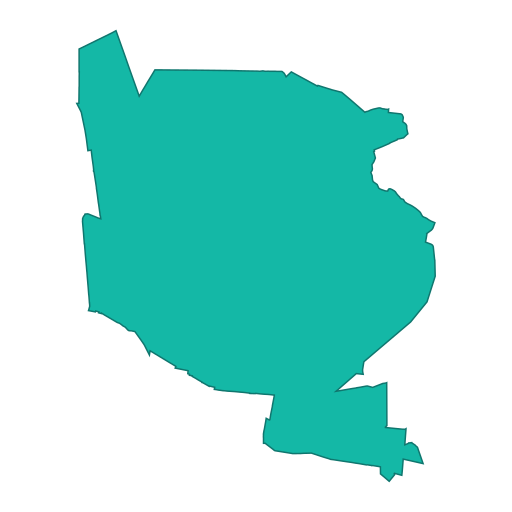 the district of Apodaca, Nuevo León, Mexico
{"feature_id": "50627088B93095957405368", "entity_name": "Apodaca", "entity_type": "district", "adm_level": 2, "iso_a3": "MEX", "parent_name": "Mexico", "parent_adm1": "Nuevo León", "projection": "robinson", "projection_center": [-100.188, 25.787], "detail": "fine", "context": "isolated", "style": "filled", "palette": "teal", "viewbox_px": 512, "rotation_deg": 0, "n_neighbors": 0, "source": "geoboundaries", "source_scale": "gbopen_adm2", "svg_char_len": 5906}
<svg xmlns="http://www.w3.org/2000/svg" viewBox="0 0 512 512"><path d="M214.3,389.4L216.1,389.6L218.6,390.1L220.3,390.3L223.0,390.7L223.9,390.7L227.3,391.1L230.4,391.3L234.9,391.6L240.0,392.1L243.6,392.4L249.6,393.1L249.6,393.4L250.6,393.5L255.4,393.6L255.5,393.4L256.0,393.4L256.9,393.5L260.5,393.9L264.0,394.2L265.8,394.3L267.7,394.4L270.0,394.6L274.3,395.1L274.1,396.7L272.9,403.0L272.6,404.5L272.4,405.6L272.3,406.7L271.2,412.0L270.7,414.6L270.1,418.4L269.8,419.8L269.5,420.0L269.2,419.9L266.2,418.3L265.7,421.5L265.5,422.6L264.3,429.4L264.0,430.5L263.4,434.2L263.5,434.4L263.4,437.2L263.5,437.5L263.5,438.1L263.5,439.2L263.5,443.3L265.2,443.3L265.6,443.6L265.8,443.8L272.9,449.2L274.2,450.3L274.9,450.7L290.5,453.2L292.7,453.6L300.7,453.5L303.5,453.3L308.0,453.2L311.2,453.1L311.4,453.1L312.0,453.3L315.0,454.3L322.9,456.9L326.5,458.0L328.6,458.6L329.1,458.8L330.7,459.4L333.4,459.7L340.5,460.8L347.9,461.9L350.9,462.3L355.5,463.1L359.1,463.6L366.4,464.9L367.8,464.8L368.5,465.0L371.7,465.5L371.9,465.7L372.7,465.5L373.8,465.7L380.4,466.8L380.5,473.9L389.2,481.3L394.6,474.7L394.2,473.6L394.4,473.3L401.8,475.3L402.3,470.5L403.2,459.1L411.2,460.9L423.1,463.6L418.1,449.2L417.9,448.8L417.9,448.4L417.5,447.5L417.1,446.9L416.7,446.6L415.8,445.9L415.4,445.3L413.5,444.0L411.9,443.0L411.8,442.6L410.6,442.7L410.2,442.9L409.8,442.9L408.9,442.9L408.7,442.9L408.3,443.3L407.9,443.6L405.4,444.6L404.8,444.8L406.0,428.8L406.0,428.7L404.9,429.4L404.3,429.2L402.5,429.2L389.3,427.9L385.4,427.5L385.4,427.1L385.6,426.8L385.9,426.5L386.2,426.2L386.9,425.6L386.7,382.7L386.3,382.9L384.7,383.2L384.2,383.3L383.9,383.3L383.3,383.4L383.0,383.4L382.7,383.5L372.7,387.4L367.4,386.0L366.2,386.1L360.3,387.2L356.5,387.8L356.0,388.0L352.5,388.5L338.6,390.9L338.0,391.0L336.0,391.3L356.3,373.6L359.3,373.9L363.2,374.3L362.7,371.9L362.6,370.2L362.6,369.6L363.5,363.9L363.9,361.7L410.6,322.0L427.0,301.9L435.2,276.2L434.8,260.0L434.7,259.8L434.6,259.4L433.3,247.0L433.2,246.6L433.1,246.3L432.9,245.8L432.7,245.4L432.3,245.0L431.9,244.7L431.1,244.2L425.5,242.1L425.7,241.0L426.4,237.2L426.9,234.0L426.7,233.6L430.7,230.6L431.3,230.2L432.1,229.3L432.5,228.8L432.9,228.1L433.7,226.0L434.9,222.7L430.8,221.0L428.4,219.6L426.8,218.4L425.4,217.7L423.8,217.1L422.6,216.4L422.2,215.8L421.6,214.8L420.8,213.3L420.3,212.4L419.1,211.2L415.6,208.3L412.9,206.5L412.3,206.1L411.6,205.7L409.9,204.8L408.8,204.3L407.1,203.5L406.8,203.3L406.5,203.0L406.0,202.8L405.4,202.3L404.9,201.9L404.6,201.6L404.4,201.3L404.2,200.8L404.0,200.5L403.8,200.2L403.7,199.9L403.2,199.4L402.8,199.2L402.4,199.1L401.8,199.0L401.4,198.9L401.0,198.6L400.6,198.3L400.0,197.7L399.3,196.6L398.8,196.2L398.1,195.5L398.0,195.3L397.7,195.0L397.5,194.8L397.3,194.5L397.0,194.1L396.4,193.5L395.9,192.5L395.6,192.2L395.4,191.8L395.0,191.5L394.2,190.8L393.1,190.2L392.5,189.8L391.0,189.1L390.5,188.9L389.9,188.8L389.4,188.8L389.0,188.9L388.5,189.3L388.2,189.8L388.0,190.3L387.9,190.8L387.7,191.0L387.4,191.1L385.3,190.9L381.5,189.6L379.9,188.9L378.8,188.2L377.2,184.6L373.1,181.6L372.5,179.7L372.1,175.6L370.8,172.4L371.6,171.3L372.3,169.9L372.4,168.5L372.2,167.3L372.0,164.6L373.8,161.9L374.7,159.7L375.4,158.0L373.7,151.6L374.5,151.2L374.2,149.8L381.8,146.8L389.7,143.3L389.7,143.0L397.2,139.8L397.3,139.6L397.3,139.4L397.4,139.2L397.5,139.1L401.1,138.4L401.6,138.3L402.0,138.2L402.4,138.0L403.5,137.9L403.7,137.7L406.6,134.9L407.6,134.0L407.9,133.8L407.4,131.7L406.8,128.9L406.7,125.7L405.9,124.2L405.5,123.9L405.2,123.5L402.7,121.7L403.3,117.7L403.2,117.0L402.3,115.0L402.0,114.6L400.9,113.9L388.4,112.5L388.6,109.1L388.4,109.2L388.1,109.3L387.6,109.4L384.4,109.1L384.0,108.8L383.7,108.9L382.6,108.8L380.0,107.9L378.4,108.0L374.5,108.9L373.5,109.1L370.7,110.0L368.6,111.0L367.5,111.4L367.2,111.4L365.9,111.7L364.9,112.3L352.5,101.5L345.7,95.7L341.6,92.3L331.9,89.8L323.3,87.1L317.9,85.4L317.4,86.1L291.3,71.9L286.1,76.8L284.9,74.5L284.3,73.5L283.9,73.0L283.4,72.6L282.8,72.1L282.3,71.6L281.6,71.4L276.7,71.4L275.5,71.3L271.0,71.3L269.2,71.3L268.7,71.2L265.6,71.3L264.4,71.2L263.8,71.0L262.7,70.9L259.7,71.3L258.7,71.2L257.2,71.1L250.2,71.0L239.4,70.8L234.5,70.6L199.3,70.2L172.2,70.0L160.5,69.9L155.6,69.9L154.9,69.9L152.9,73.3L147.6,82.0L144.9,86.6L143.0,89.7L139.2,96.2L128.6,66.4L125.3,56.9L119.3,40.0L116.0,30.7L112.1,32.8L79.1,49.0L79.1,71.8L79.3,71.8L79.2,76.5L79.2,86.6L79.1,86.9L78.9,103.3L76.8,103.4L80.6,110.8L81.3,112.4L85.0,130.2L86.3,138.3L87.9,150.7L91.2,150.1L92.1,157.8L93.3,166.4L93.7,170.2L93.5,170.5L93.5,171.2L93.8,171.5L94.1,172.4L96.4,187.3L96.4,188.2L97.3,194.4L98.4,203.0L98.6,204.0L99.1,207.6L99.6,211.3L99.9,213.1L100.0,214.5L100.0,215.1L100.2,215.5L100.3,215.8L100.4,216.0L100.5,216.9L100.8,218.8L98.1,218.0L97.0,217.5L95.3,216.8L91.3,215.2L91.0,215.1L90.3,214.8L89.6,214.5L89.2,214.4L89.0,214.2L88.3,214.0L87.9,213.9L87.3,213.9L87.0,213.9L86.1,214.0L85.1,214.0L84.4,215.5L84.2,215.7L83.8,216.0L83.2,217.1L82.6,218.7L82.6,220.7L82.5,220.9L82.5,221.4L83.5,233.0L84.3,243.7L84.5,243.7L85.3,254.0L86.0,262.0L86.4,266.2L86.8,271.3L86.9,271.6L87.0,273.2L87.3,277.1L88.2,287.7L88.7,294.3L88.8,295.0L88.9,295.8L89.3,301.2L89.3,301.3L89.4,302.8L89.5,302.8L89.7,306.1L89.7,306.3L89.0,308.9L88.8,309.7L88.5,310.6L95.4,311.9L95.7,311.0L98.9,311.9L98.6,312.8L101.5,313.6L101.6,313.2L105.0,315.3L117.1,322.4L117.6,322.6L119.6,323.3L121.8,324.9L122.5,325.6L125.3,327.2L125.6,327.5L126.1,328.1L127.5,329.6L127.6,329.8L128.1,330.1L128.4,330.4L128.8,330.6L129.4,330.7L130.0,330.8L131.4,330.8L132.7,331.1L134.1,331.4L134.8,331.5L135.0,331.7L140.8,339.8L144.1,344.6L144.9,346.1L146.0,348.3L149.4,355.0L150.1,350.8L175.9,366.4L175.2,368.1L188.1,370.7L187.8,373.7L188.6,374.0L189.5,374.3L189.4,375.3L192.3,375.8L192.2,376.4L195.6,378.3L197.5,379.5L200.4,381.2L200.8,381.4L202.1,382.2L202.0,382.5L202.4,382.6L202.9,382.8L204.2,383.5L206.3,384.7L207.0,385.1L209.1,386.3L209.2,386.0L214.7,387.3L214.3,389.4Z" fill="#14b8a6" stroke="#0f766e" stroke-width="1.5"/></svg>